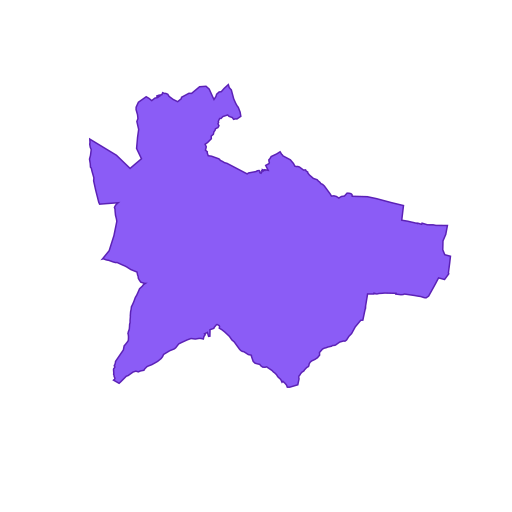 the district of Valea Iasului, Arges, Romania, rotated 195°
{"feature_id": "2599482B81063931292533", "entity_name": "Valea Iasului", "entity_type": "district", "adm_level": 2, "iso_a3": "ROU", "parent_name": "Romania", "parent_adm1": "Arges", "projection": "natural_earth1", "projection_center": [24.709, 45.193], "detail": "fine", "context": "isolated", "style": "filled", "palette": "violet", "viewbox_px": 512, "rotation_deg": 195, "n_neighbors": 0, "source": "geoboundaries", "source_scale": "gbopen_adm2", "svg_char_len": 5796}
<svg xmlns="http://www.w3.org/2000/svg" viewBox="0 0 512 512"><g transform="rotate(195 256 256)"><path d="M409.4,374.1L410.3,368.7L409.7,366.3L407.0,361.8L405.6,358.2L405.9,355.1L402.1,347.9L401.1,339.8L400.2,334.8L399.2,329.0L391.8,320.3L399.0,309.9L400.3,308.0L416.9,317.2L446.8,325.9L445.8,322.9L445.5,320.9L444.2,318.1L442.7,316.1L441.9,310.2L441.9,306.5L440.0,302.3L438.9,299.0L437.8,298.2L436.4,295.5L432.8,289.5L432.3,286.6L428.0,278.3L421.8,267.2L420.7,265.9L420.5,265.6L402.9,271.8L404.5,269.4L405.1,267.5L405.3,266.2L404.5,265.1L404.2,264.4L403.8,263.1L402.3,259.1L400.4,255.7L399.4,253.4L398.5,238.9L399.2,223.1L403.6,213.3L402.7,213.8L399.7,213.5L398.0,213.6L397.2,213.7L392.4,213.3L389.8,213.3L388.5,213.8L382.7,212.8L380.4,212.5L378.1,212.0L373.4,210.5L366.8,209.7L365.8,207.7L365.4,206.9L364.8,206.2L364.2,205.0L364.1,204.4L363.7,203.8L362.2,202.3L360.5,200.9L356.6,200.7L355.8,200.9L357.2,199.3L357.7,198.3L357.8,197.7L360.0,194.2L360.6,190.1L361.1,187.2L361.8,184.8L362.2,180.3L362.5,178.3L362.8,176.5L363.2,174.8L362.8,172.0L362.7,169.7L362.2,167.1L362.0,166.0L361.6,164.7L361.0,161.3L360.6,159.9L360.4,159.1L360.4,158.3L360.4,157.5L360.3,156.8L360.0,155.5L359.5,152.8L359.5,152.0L359.6,150.6L359.7,149.7L359.6,148.7L359.7,148.2L359.2,147.3L358.6,146.0L358.2,144.7L357.9,143.5L357.7,142.4L357.5,141.7L357.7,140.5L358.2,139.2L358.6,138.3L359.2,136.9L360.1,135.1L359.8,130.9L361.3,126.7L364.4,117.8L364.3,117.2L364.2,116.6L364.2,115.8L364.2,115.0L364.2,114.2L364.5,113.8L364.5,113.2L363.8,112.6L363.6,112.2L363.8,111.3L364.0,110.9L364.3,110.3L364.3,109.8L364.1,108.9L363.8,108.3L363.5,107.2L363.2,106.5L363.0,106.0L363.0,105.1L362.8,104.7L362.2,104.0L362.0,103.3L361.8,102.9L361.1,102.0L360.7,101.6L360.6,101.1L360.7,100.4L360.9,100.0L361.2,99.7L361.5,99.2L355.3,97.6L354.1,99.5L351.5,104.0L350.2,106.3L348.6,107.4L344.6,112.2L342.2,113.7L339.7,113.6L337.8,115.1L334.7,116.6L334.2,118.3L332.7,120.9L331.4,122.0L328.6,124.0L325.7,126.8L323.7,128.8L321.1,132.4L320.2,134.6L319.8,137.0L317.3,139.6L314.8,142.2L310.9,145.1L309.8,146.6L307.9,151.1L305.4,153.3L300.7,157.2L297.7,159.3L297.3,159.5L293.1,160.1L290.7,161.2L289.6,161.7L287.9,162.1L285.4,162.2L285.5,164.4L285.2,165.6L284.7,166.8L285.6,167.5L283.2,169.6L281.0,166.1L279.8,166.6L280.9,171.2L281.4,172.9L278.0,175.2L277.9,176.2L276.4,179.4L275.9,179.8L273.5,179.2L272.9,178.4L272.8,176.8L269.7,175.9L266.7,174.6L260.9,171.5L257.6,168.7L254.8,167.4L250.9,164.2L247.8,161.7L246.3,160.8L244.6,160.3L242.9,160.4L237.9,158.8L235.1,159.0L235.0,158.8L234.5,158.4L234.5,158.0L231.4,153.4L229.3,152.3L229.2,152.2L226.0,152.2L224.3,152.3L223.1,151.3L220.8,150.4L218.4,150.9L217.1,151.7L210.8,149.5L209.0,148.4L208.0,148.1L205.5,146.7L203.8,145.1L203.0,144.6L200.4,143.3L199.6,142.5L198.2,140.8L197.6,141.9L194.9,140.5L193.1,139.2L191.8,137.4L189.5,138.0L182.3,142.4L182.6,148.0L182.7,148.7L183.1,149.3L183.4,150.5L183.4,151.3L182.7,152.7L182.5,153.8L181.6,155.6L180.0,157.4L179.8,158.2L179.6,158.7L178.5,160.8L178.0,161.6L177.1,162.4L176.6,163.3L176.7,165.7L176.2,167.4L175.1,169.0L173.0,170.8L172.3,171.4L171.9,171.8L171.7,172.1L170.3,173.6L168.9,176.7L169.7,179.2L167.7,183.3L166.0,184.8L164.9,185.3L163.8,186.1L163.0,186.7L159.7,188.4L158.9,189.4L157.7,189.7L156.2,190.5L152.9,194.5L149.5,196.5L148.0,196.8L146.8,198.3L145.5,202.4L143.6,205.8L142.7,209.5L141.8,213.2L138.2,221.0L136.2,221.7L136.7,230.7L136.7,231.6L136.9,232.7L136.9,232.9L136.8,233.0L136.7,233.2L136.6,233.3L136.8,234.2L136.9,235.0L137.1,235.0L138.4,248.2L132.3,249.8L132.5,250.5L131.6,250.7L130.4,250.4L128.8,250.9L127.6,251.6L124.6,252.6L122.2,253.5L116.9,254.8L111.1,256.2L111.1,255.4L106.0,256.1L104.0,256.8L102.7,257.7L92.5,258.9L89.9,259.1L86.4,259.5L82.6,259.3L80.9,259.6L78.9,261.9L76.5,271.4L75.4,275.9L74.0,282.1L67.8,282.1L66.9,284.3L65.2,288.7L65.8,289.5L67.0,298.6L68.1,306.1L74.0,306.1L77.2,310.3L79.3,319.0L78.3,326.0L79.0,335.0L90.3,332.1L92.7,332.0L98.5,330.5L104.1,330.7L104.2,329.5L104.5,329.5L108.1,329.6L108.7,329.5L108.6,329.2L109.7,329.2L110.7,329.1L112.6,329.1L114.3,329.0L118.2,328.9L124.5,328.3L126.6,342.9L138.9,342.6L148.2,342.6L150.7,342.6L154.3,342.6L163.8,342.1L178.5,338.6L179.2,340.2L180.5,340.8L182.5,340.7L184.3,340.3L186.1,336.8L188.9,335.6L191.0,333.4L193.7,334.3L196.3,334.3L198.7,333.4L200.0,334.8L208.1,341.3L210.2,342.4L212.1,342.7L213.3,343.7L215.3,344.6L216.7,345.5L220.7,345.8L225.4,348.1L227.4,349.6L227.8,350.5L229.6,351.1L230.4,352.0L232.3,351.3L237.1,353.2L238.9,353.3L239.8,352.9L241.7,352.8L243.8,355.1L247.7,357.8L255.9,359.7L256.9,360.6L257.5,360.8L259.7,362.9L262.5,359.9L267.1,356.0L267.7,353.7L268.5,352.2L268.0,350.9L267.3,349.7L267.4,348.6L270.1,346.0L266.4,341.9L269.8,341.6L269.7,341.0L271.9,341.1L271.2,340.1L272.5,340.0L272.1,338.9L272.6,337.2L273.9,337.5L274.0,338.7L275.1,339.4L277.0,338.6L277.3,338.0L278.2,337.4L284.7,334.3L285.8,333.0L308.0,338.0L310.6,338.0L312.9,338.7L315.2,339.1L316.3,340.0L317.6,340.3L324.8,340.9L328.1,340.5L329.8,343.0L330.0,344.1L332.2,345.1L332.3,348.6L334.1,350.8L332.2,353.0L329.5,357.7L330.3,360.2L328.7,362.5L328.8,365.1L328.1,366.7L328.1,368.4L326.0,370.2L325.5,372.3L327.0,373.9L326.7,375.4L327.3,376.3L326.7,379.4L325.4,379.8L324.1,382.1L319.9,384.9L318.2,383.9L314.7,383.6L313.0,382.2L311.5,383.1L309.8,383.5L306.8,387.0L308.6,390.9L311.6,395.0L313.3,396.3L315.2,398.3L318.2,402.0L322.8,410.0L325.4,411.7L327.1,414.4L330.1,409.7L332.1,405.7L334.1,404.9L335.9,402.1L336.0,399.6L337.1,396.3L339.1,398.6L344.4,405.1L348.2,407.0L354.3,404.9L360.3,396.4L362.9,395.8L367.8,391.2L369.0,390.1L368.9,388.6L371.6,384.8L376.6,385.8L381.3,387.7L383.1,389.4L385.3,389.7L386.7,389.3L388.4,389.6L388.7,387.4L391.4,386.2L393.7,384.6L390.8,385.1L392.0,383.6L394.6,382.3L396.9,379.1L400.3,380.6L403.3,381.4L409.4,374.1Z" fill="#8b5cf6" stroke="#5b21b6" stroke-width="1.5"/></g></svg>